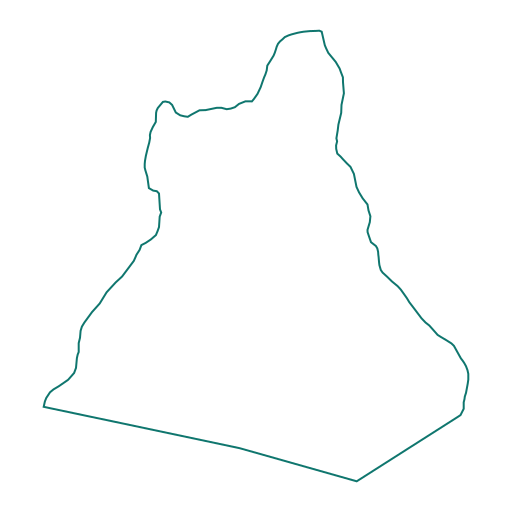 Shompangkha, Geylegphug, Bhutan
{"feature_id": "84629894B15779326704479", "entity_name": "Shompangkha", "entity_type": "district", "adm_level": 2, "iso_a3": "BTN", "parent_name": "Bhutan", "parent_adm1": "Geylegphug", "projection": "mercator", "projection_center": [90.287, 26.878], "detail": "fine", "context": "isolated", "style": "outline", "palette": "teal", "viewbox_px": 512, "rotation_deg": 0, "n_neighbors": 0, "source": "geoboundaries", "source_scale": "gbopen_adm2", "svg_char_len": 2336}
<svg xmlns="http://www.w3.org/2000/svg" viewBox="0 0 512 512"><path d="M321.7,31.7L319.3,30.7L316.2,30.9L313.1,31.0L309.9,31.1L306.8,31.4L303.7,31.7L300.6,32.2L297.6,32.8L294.5,33.6L291.5,34.4L288.5,35.4L284.8,37.1L282.4,39.4L280.0,41.4L278.0,43.8L276.7,46.7L275.8,49.7L274.8,52.7L273.6,55.6L270.2,61.1L267.3,65.6L266.7,70.4L265.4,74.4L264.1,77.4L262.6,81.5L260.7,87.1L257.5,93.9L253.9,99.0L251.9,101.4L248.8,101.3L245.5,101.3L239.0,103.9L234.9,107.2L230.7,108.6L226.7,109.2L221.4,107.8L216.8,107.8L205.6,110.1L199.5,110.3L191.4,114.6L187.8,116.8L184.3,116.3L180.2,115.3L175.8,112.5L172.1,104.9L169.3,102.4L165.3,101.5L162.9,101.9L157.8,108.0L156.6,110.5L156.1,112.8L155.8,121.9L152.8,127.1L150.6,131.9L149.9,135.1L150.1,138.0L149.2,142.7L147.8,147.8L147.0,151.1L145.9,155.7L145.0,160.8L144.7,164.0L144.7,167.6L145.4,170.4L147.3,176.6L148.9,188.1L153.2,190.6L156.8,191.2L159.0,193.5L160.0,209.4L161.2,212.5L159.7,216.6L159.5,219.6L159.0,227.1L157.5,231.3L155.9,235.1L150.8,239.5L145.7,242.9L141.4,245.1L139.6,249.9L136.5,254.7L135.5,257.1L133.8,260.9L122.1,276.5L115.7,282.4L106.6,292.3L99.7,303.5L92.0,312.1L84.4,322.5L81.9,326.6L80.6,330.8L80.0,337.8L78.7,343.1L78.7,352.0L77.7,354.5L76.9,358.1L76.0,367.9L74.1,373.0L68.1,379.8L58.7,386.3L53.5,389.4L50.0,392.3L46.3,397.9L44.9,401.4L43.7,406.8L50.6,408.3L115.7,422.0L239.7,448.2L356.7,481.3L458.1,416.7L460.5,415.1L463.7,408.8L463.7,402.3L464.5,399.0L464.8,396.6L466.0,392.9L467.7,383.8L468.3,379.6L468.3,373.9L467.5,370.2L466.0,366.2L464.1,362.8L462.6,360.6L460.9,358.4L453.9,345.8L451.4,343.4L446.0,340.0L441.1,337.1L437.6,334.9L432.6,329.2L429.3,325.5L425.5,322.5L421.5,318.3L417.8,313.4L415.4,310.2L413.2,307.3L409.3,302.2L406.9,298.2L405.5,296.2L400.8,289.6L397.7,286.2L391.9,281.4L387.1,276.7L382.6,272.6L380.8,270.0L379.4,265.1L379.1,262.7L378.8,259.4L378.6,257.0L378.3,254.7L378.1,251.8L377.3,248.4L375.9,246.0L371.0,242.2L368.8,235.8L367.6,232.2L367.5,229.9L369.8,222.2L370.4,216.3L368.5,210.4L367.5,204.5L362.7,198.4L359.0,192.3L356.5,186.9L353.9,173.9L350.5,166.9L346.8,163.3L343.1,159.4L340.6,156.6L337.3,153.6L336.2,148.9L336.1,145.4L337.1,141.4L336.4,138.3L337.7,130.5L338.4,124.6L341.2,112.9L341.5,104.9L343.9,93.3L343.0,82.2L342.9,77.3L340.9,72.1L339.6,68.5L335.7,61.9L328.3,52.9L326.1,48.3L324.8,45.2L321.7,31.7Z" fill="none" stroke="#0f766e" stroke-width="2"/></svg>